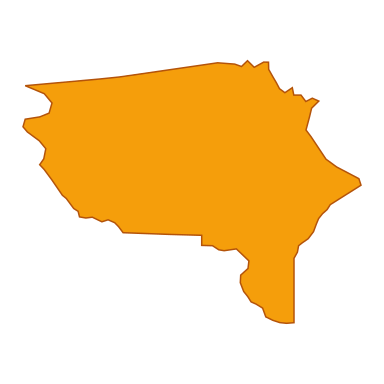 Paim Filho, Rio Grande do Sul, Brazil
{"feature_id": "56859067B93945017430500", "entity_name": "Paim Filho", "entity_type": "district", "adm_level": 2, "iso_a3": "BRA", "parent_name": "Brazil", "parent_adm1": "Rio Grande do Sul", "projection": "natural_earth1", "projection_center": [-51.772, -27.737], "detail": "fine", "context": "isolated", "style": "filled", "palette": "amber", "viewbox_px": 384, "rotation_deg": 0, "n_neighbors": 0, "source": "geoboundaries", "source_scale": "gbopen_adm2", "svg_char_len": 1145}
<svg xmlns="http://www.w3.org/2000/svg" viewBox="0 0 384 384"><path d="M318.8,101.1L312.3,98.2L305.8,101.5L301.0,95.1L293.8,95.1L292.3,87.7L284.9,92.7L279.5,88.7L276.4,82.8L272.8,76.7L268.7,69.4L268.5,62.2L263.7,62.1L254.2,67.3L247.5,60.7L241.5,66.5L234.7,64.1L217.6,62.8L168.6,69.9L119.2,77.0L99.7,79.0L25.2,85.7L44.3,93.7L52.0,103.0L49.1,113.1L39.7,116.9L25.2,119.2L23.0,126.8L27.4,132.0L39.3,140.8L45.8,148.7L43.8,158.8L39.7,164.7L44.1,169.4L51.8,179.8L62.4,195.3L66.3,198.5L73.7,208.5L78.1,211.3L79.5,216.9L85.8,218.0L92.3,217.2L101.9,221.8L108.1,219.8L114.7,222.7L118.6,226.7L123.1,232.7L169.4,234.4L201.7,235.3L201.7,245.4L212.5,245.7L218.8,249.8L224.1,250.7L236.4,248.9L248.9,260.9L248.0,268.5L240.7,275.1L240.3,282.7L243.7,291.5L247.7,296.5L251.1,301.9L256.1,304.1L262.6,308.1L265.8,316.9L272.8,320.3L279.8,322.6L286.5,323.3L294.0,322.7L294.0,258.3L297.4,252.2L298.6,245.7L302.3,242.8L308.2,238.7L313.5,231.7L316.4,223.9L318.6,218.6L322.5,213.7L327.1,209.6L330.3,204.6L361.0,185.2L358.9,178.7L336.7,167.0L326.0,159.2L311.1,136.8L306.0,130.0L309.4,117.3L311.6,108.2L318.8,101.1Z" fill="#f59e0b" stroke="#b45309" stroke-width="1.5"/></svg>